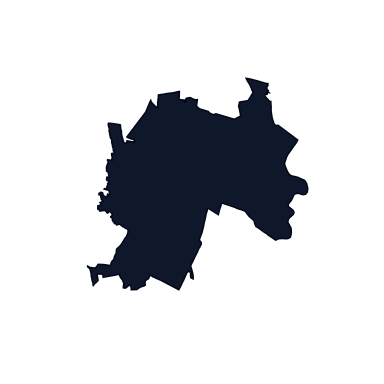 Vanatori, Iasi, Romania, rotated 212°
{"feature_id": "2599482B62135446943489", "entity_name": "Vanatori", "entity_type": "district", "adm_level": 2, "iso_a3": "ROU", "parent_name": "Romania", "parent_adm1": "Iasi", "projection": "equal_earth", "projection_center": [26.772, 47.342], "detail": "fine", "context": "isolated", "style": "filled", "palette": "ink", "viewbox_px": 384, "rotation_deg": 212, "n_neighbors": 0, "source": "geoboundaries", "source_scale": "gbopen_adm2", "svg_char_len": 6043}
<svg xmlns="http://www.w3.org/2000/svg" viewBox="0 0 384 384"><g transform="rotate(212 192 192)"><path d="M275.5,247.8L275.3,245.4L273.6,235.3L276.4,204.2L275.6,204.0L272.5,204.7L271.8,204.7L269.9,205.6L269.2,205.7L267.5,204.0L268.3,203.4L271.1,202.2L273.4,201.4L274.3,200.9L273.1,198.7L274.2,198.4L275.7,197.5L281.6,202.8L283.3,204.9L283.7,205.8L284.7,206.3L284.8,206.5L284.7,206.8L285.2,207.1L286.3,208.3L288.0,210.6L288.5,211.0L295.4,208.1L299.3,206.1L299.0,205.6L298.8,204.7L294.6,200.7L294.6,200.4L294.8,199.9L294.6,199.6L293.4,198.9L293.1,198.6L293.2,198.3L290.1,195.0L290.1,194.9L288.4,194.1L287.4,193.2L286.0,191.0L285.4,190.8L284.7,189.8L284.0,189.4L283.6,188.5L281.2,186.5L280.7,185.3L280.0,185.2L279.0,184.7L278.9,183.3L280.3,182.4L280.5,182.1L280.4,181.7L279.0,179.9L278.2,179.7L277.8,179.1L277.7,177.9L277.2,177.2L276.5,176.7L278.4,175.6L280.7,174.6L280.6,174.2L280.2,173.9L279.0,173.2L278.4,170.8L278.3,169.7L277.4,167.1L276.2,165.6L275.7,164.5L273.3,164.3L272.0,162.6L269.7,160.2L272.0,159.7L272.0,159.3L271.3,157.5L270.1,156.7L268.0,157.1L267.6,155.6L268.1,154.7L267.5,154.4L267.3,152.8L267.0,152.2L267.1,151.6L266.5,150.2L266.6,149.3L267.4,148.6L268.0,148.5L268.1,148.1L268.0,147.9L267.6,148.2L265.7,148.5L264.0,149.2L262.6,148.8L261.0,146.8L260.9,146.5L261.4,145.5L262.3,145.5L262.1,144.9L262.2,144.5L260.6,144.2L262.3,142.6L263.5,142.0L264.1,142.1L264.9,142.0L265.8,142.4L267.3,143.9L269.1,143.6L270.2,141.4L269.3,140.3L268.6,140.7L267.5,140.8L266.3,138.9L265.0,139.1L265.1,137.8L263.2,137.2L263.0,136.8L263.0,136.5L263.6,135.2L264.1,134.5L264.3,134.3L263.1,133.8L262.8,133.5L262.9,132.5L263.7,131.2L264.5,130.4L263.1,127.9L262.3,127.4L261.3,128.1L260.3,127.3L260.2,127.0L259.8,127.1L258.0,128.8L256.4,129.9L256.0,130.4L252.7,129.2L252.5,129.4L252.0,130.3L252.4,131.0L252.1,131.9L251.1,131.7L249.9,131.8L249.1,131.4L248.6,131.5L248.7,131.3L248.3,130.9L246.9,130.2L247.7,128.7L247.9,128.2L247.8,127.8L247.3,127.5L246.7,128.1L244.7,126.6L244.9,126.3L244.7,125.9L243.9,125.8L243.3,125.1L242.0,124.9L241.3,125.6L241.0,124.2L239.3,124.8L238.6,124.1L235.7,126.8L234.4,126.0L232.7,126.2L232.4,125.9L230.9,126.2L230.0,126.0L226.3,126.3L225.1,124.2L224.6,122.9L224.0,119.5L224.3,117.2L224.2,115.7L224.3,114.9L224.2,114.5L224.0,114.4L224.0,113.9L224.3,113.4L224.1,112.5L224.3,111.3L224.2,110.1L224.7,106.8L225.1,106.0L225.7,103.4L224.3,100.8L223.5,98.8L223.6,98.4L223.8,98.1L223.3,95.2L222.5,93.5L223.1,91.5L223.0,89.0L222.3,87.3L222.3,86.5L223.4,85.9L228.6,83.6L233.2,81.0L233.3,80.8L233.3,79.0L233.6,76.7L235.2,75.3L236.3,75.1L238.5,73.9L241.3,73.9L241.2,73.5L240.1,73.0L239.0,73.0L237.8,72.5L237.1,72.1L233.8,68.8L232.9,67.3L232.0,66.5L229.3,63.5L227.7,62.3L225.9,59.8L226.1,60.8L226.1,62.3L225.2,64.9L224.8,67.3L229.1,72.1L224.3,75.0L224.0,74.6L222.8,73.6L222.2,72.6L214.5,79.5L209.9,83.9L209.7,83.3L208.5,82.4L206.8,81.4L204.5,80.6L202.2,79.0L201.1,77.9L200.6,76.5L199.8,75.6L199.7,75.5L200.0,75.1L199.4,74.3L197.4,75.3L195.5,80.6L193.1,79.0L191.8,76.9L187.1,80.0L185.9,83.0L184.9,84.7L183.4,86.4L183.2,87.0L182.7,87.2L182.6,87.8L182.2,88.3L183.5,89.8L184.7,92.1L184.2,92.8L183.6,94.6L182.9,95.3L183.7,99.2L182.8,99.2L180.9,99.5L180.0,99.3L178.6,99.8L176.6,99.7L175.8,100.1L174.7,100.1L172.0,100.6L151.4,102.1L151.7,106.4L152.2,110.2L152.4,112.9L153.5,120.1L153.4,122.4L153.0,122.5L152.2,123.0L150.8,123.0L149.6,121.6L149.0,120.4L148.7,120.0L148.1,119.5L147.7,118.7L145.0,118.9L146.2,120.9L147.8,122.9L151.7,126.6L153.2,127.8L154.0,128.8L154.3,130.8L154.6,134.2L155.2,138.8L155.6,143.8L155.9,145.5L156.1,145.5L156.1,146.7L156.3,148.4L156.1,149.1L156.3,150.0L156.4,152.4L156.7,153.0L157.6,154.1L158.2,154.5L160.0,154.9L160.6,156.0L161.0,157.7L162.1,163.2L162.5,164.4L164.1,169.2L165.4,172.5L167.0,177.4L168.4,180.9L169.0,183.3L170.1,186.8L157.7,186.7L159.5,192.5L160.0,195.0L160.7,197.1L160.9,198.2L160.8,198.4L160.5,198.6L145.9,202.1L145.7,201.8L140.0,203.3L136.4,203.9L136.0,203.6L130.7,201.6L124.4,200.6L121.8,198.2L119.3,196.6L116.5,196.7L110.1,196.2L105.9,196.2L105.4,195.9L95.5,195.5L94.4,197.5L92.8,199.0L91.1,200.2L87.0,202.5L86.2,203.2L85.1,204.6L84.7,205.9L85.2,207.8L86.4,210.4L87.9,212.7L89.0,213.9L94.7,217.2L95.5,218.9L95.8,220.2L95.8,221.2L94.3,226.5L94.3,227.8L94.6,228.5L95.1,229.2L96.8,230.1L102.2,230.7L103.2,231.4L103.7,232.4L103.8,233.8L103.3,237.3L103.5,239.7L104.1,243.4L104.0,243.9L103.5,244.9L102.9,245.9L100.9,247.3L96.7,248.4L95.0,249.8L94.5,250.5L94.3,251.3L94.2,253.0L95.6,256.1L96.4,257.1L99.4,260.0L101.9,261.2L103.0,261.5L110.2,260.5L116.1,258.5L117.0,258.3L118.5,258.5L120.3,259.1L122.2,260.1L127.1,263.6L128.8,265.5L130.3,271.7L130.6,275.1L130.4,277.1L130.0,285.3L129.8,287.1L129.7,289.1L129.9,292.1L154.4,294.2L155.4,293.2L156.3,292.9L157.5,293.0L158.9,293.5L162.6,296.7L164.3,298.4L166.8,301.4L168.5,303.5L169.5,305.4L173.2,310.6L174.7,309.9L176.3,310.7L178.5,311.1L181.7,312.4L182.0,313.0L181.7,313.3L181.4,313.9L180.5,314.1L180.1,314.6L180.4,315.5L180.9,315.8L181.0,316.2L180.2,316.8L179.4,317.1L180.4,317.4L180.6,317.5L180.9,318.2L183.1,319.2L184.0,319.9L184.2,320.3L184.0,320.9L184.0,322.0L184.4,323.2L185.1,324.2L187.0,323.2L195.8,320.8L203.6,318.3L206.3,317.1L204.0,315.6L200.2,313.8L198.5,312.7L196.1,311.1L195.1,310.1L193.3,309.2L193.0,308.7L192.9,304.4L192.8,303.1L192.9,301.9L192.9,299.3L193.3,298.8L199.1,293.7L199.4,293.3L197.9,289.4L195.8,287.5L191.1,282.4L191.5,281.4L194.7,276.1L213.2,271.0L213.5,270.5L214.7,269.0L217.4,268.4L218.2,268.5L218.6,268.1L219.0,267.9L219.7,268.6L220.3,268.6L220.6,268.9L220.9,268.9L229.8,266.5L233.7,267.2L236.4,273.2L238.0,271.9L241.5,271.3L242.6,271.3L242.9,271.1L243.7,271.1L245.4,269.5L245.8,269.3L246.5,268.2L246.5,267.7L245.6,266.1L245.5,264.9L245.8,264.5L246.2,264.5L246.5,264.8L247.0,266.0L252.0,263.5L254.4,268.0L256.0,270.6L258.3,268.5L260.2,266.4L265.5,262.2L268.3,259.5L269.8,258.4L270.9,257.4L271.2,257.1L271.2,256.8L271.9,256.6L271.9,256.3L270.8,254.6L270.1,253.2L270.0,252.5L269.2,251.9L269.1,250.7L268.9,250.3L265.9,245.6L268.3,245.2L273.3,246.4L274.6,247.0L275.5,247.8Z" fill="#0f172a" stroke="#020617" stroke-width="1.5"/></g></svg>